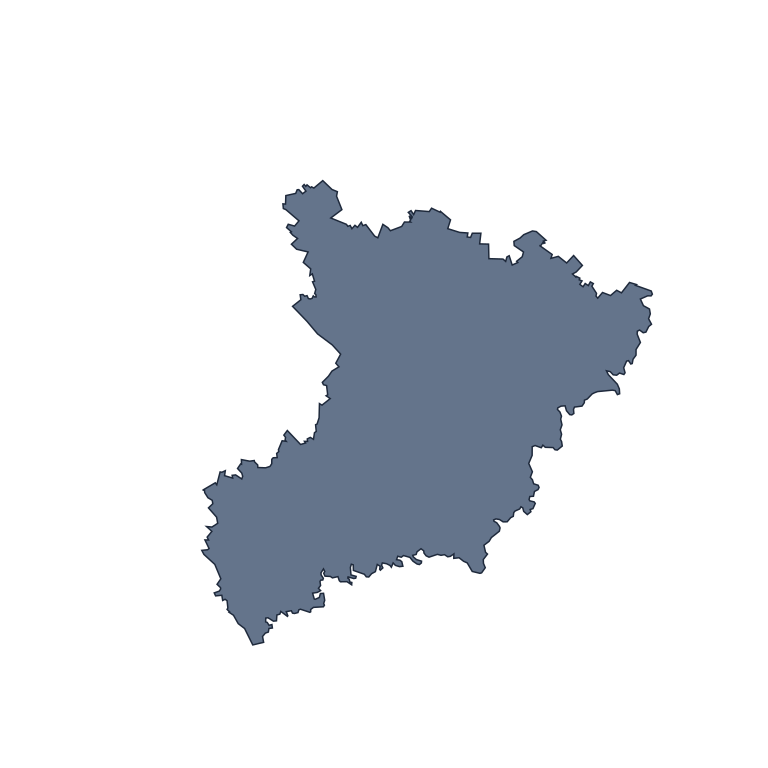 outline of Fezile Dabi, Free State, South Africa, rotated 141°
{"feature_id": "47623444B21501715606105", "entity_name": "Fezile Dabi", "entity_type": "district", "adm_level": 2, "iso_a3": "ZAF", "parent_name": "South Africa", "parent_adm1": "Free State", "projection": "natural_earth1", "projection_center": [27.835, -27.476], "detail": "fine", "context": "isolated", "style": "filled", "palette": "slate", "viewbox_px": 768, "rotation_deg": 141, "n_neighbors": 0, "source": "geoboundaries", "source_scale": "gbopen_adm2", "svg_char_len": 6159}
<svg xmlns="http://www.w3.org/2000/svg" viewBox="0 0 768 768"><g transform="rotate(141 384 384)"><path d="M117.8,288.1L126.5,302.4L125.2,302.4L129.3,308.4L142.1,305.4L144.2,310.4L152.3,310.2L156.6,317.6L163.9,316.2L163.9,318.9L161.8,320.7L160.9,329.2L158.1,330.3L159.4,333.5L163.3,331.9L164.4,335.5L168.1,334.3L169.1,338.2L165.2,339.5L166.7,342.1L165.2,343.0L166.9,346.7L167.6,346.3L168.3,350.9L164.1,350.1L155.2,351.3L155.8,364.5L165.9,363.1L168.2,373.5L175.2,376.6L171.8,378.8L176.0,393.9L175.3,392.8L170.7,394.1L171.3,392.7L170.2,392.4L170.2,394.7L167.6,393.7L169.7,406.6L172.3,409.5L181.4,412.1L186.4,411.8L193.3,413.1L195.7,409.6L192.5,398.8L196.5,395.9L203.7,395.9L203.6,394.2L209.5,395.8L206.0,404.9L208.5,405.4L212.3,402.7L212.9,406.2L223.6,415.4L214.7,426.9L221.5,432.7L213.8,440.2L220.5,445.6L224.5,443.4L226.8,445.9L223.8,448.6L229.8,454.2L236.7,464.6L229.0,469.7L231.5,482.7L232.3,482.2L236.4,490.7L240.3,489.5L250.3,499.0L254.3,497.0L253.9,501.7L257.1,502.1L256.9,496.0L258.4,495.3L258.6,498.9L260.2,494.7L261.6,494.3L261.4,493.1L266.2,497.0L271.1,495.3L282.6,499.1L282.6,503.0L284.4,508.8L296.8,501.5L298.2,504.8L297.8,519.3L300.8,520.4L299.9,524.0L306.0,522.4L306.7,525.6L311.2,524.9L310.5,528.5L312.9,529.3L312.7,531.7L320.9,546.5L307.0,546.0L302.7,559.8L299.2,562.8L302.0,567.9L303.6,580.6L315.2,580.4L316.2,582.8L317.6,582.8L318.5,587.2L320.4,586.8L320.5,589.3L322.9,589.0L323.3,583.0L327.5,583.1L327.9,588.7L329.2,589.6L332.7,587.7L341.7,592.2L347.3,585.8L349.2,587.6L351.8,583.7L350.5,581.2L347.4,564.3L354.1,563.0L357.9,568.4L361.3,566.9L360.2,560.6L361.4,560.8L361.2,557.0L359.6,551.5L368.0,550.9L367.1,543.7L359.9,534.4L370.2,529.3L368.5,519.6L373.4,515.0L370.4,514.7L373.3,507.6L375.2,508.4L377.5,500.4L381.0,497.9L380.7,496.4L381.9,494.4L383.3,495.5L383.5,497.0L385.9,495.8L387.8,496.5L389.0,498.0L388.2,501.1L390.4,502.1L390.7,504.6L393.0,506.1L395.6,501.8L406.2,501.9L404.4,481.1L404.1,464.7L399.6,446.9L398.9,434.5L408.4,430.5L408.2,425.7L416.3,426.8L422.3,425.0L430.9,424.1L431.5,421.5L429.6,418.9L434.6,411.0L436.4,411.3L435.0,406.5L445.5,406.6L446.5,409.4L455.7,398.6L461.2,395.0L462.8,395.4L466.5,389.8L468.7,389.9L473.6,385.4L474.9,388.9L478.2,389.6L479.5,387.5L481.9,389.5L482.1,387.5L486.9,389.5L488.4,408.7L494.0,407.3L494.1,404.5L496.1,402.7L496.1,401.0L498.9,404.0L507.4,399.4L508.3,397.7L511.1,397.6L513.3,394.0L516.5,396.4L518.6,396.1L521.4,392.7L524.5,391.7L528.8,393.4L534.6,398.5L533.1,400.6L533.6,404.9L533.0,406.2L536.9,408.5L542.4,415.0L545.2,411.3L545.7,412.1L551.0,410.5L550.6,404.3L551.9,401.2L554.3,399.7L556.5,406.7L559.5,408.6L560.8,406.1L565.6,413.1L561.9,416.5L565.5,417.4L566.7,418.8L577.4,410.9L577.3,413.4L591.8,415.6L590.3,414.5L591.7,412.4L592.4,406.4L590.7,401.7L592.4,398.7L598.4,398.2L597.9,385.9L600.9,380.4L607.7,381.1L611.6,384.9L610.5,377.8L617.8,376.3L618.5,373.2L621.3,375.5L623.5,366.2L625.4,366.2L630.3,369.4L631.2,364.9L629.0,350.3L633.4,335.3L639.8,333.4L639.2,328.7L639.9,327.5L642.3,326.7L647.4,328.5L648.2,325.3L643.0,321.9L645.6,317.3L643.0,316.7L642.3,314.4L646.3,308.2L647.8,307.6L647.4,304.2L648.1,304.2L646.5,299.0L648.1,289.5L646.2,281.7L650.2,263.8L640.1,259.0L637.3,264.2L633.0,265.1L630.0,264.0L627.3,266.4L624.3,264.6L622.5,267.6L625.2,268.8L624.8,272.2L625.7,273.6L623.2,276.5L621.3,275.4L619.2,269.3L616.6,267.6L612.6,271.9L609.8,270.7L607.3,272.2L605.3,264.2L604.6,264.4L603.2,268.6L598.7,266.1L599.3,263.5L598.0,262.0L594.7,260.5L592.3,262.1L590.7,261.6L585.3,253.2L584.3,253.1L582.9,254.9L579.4,254.8L571.3,249.0L569.5,249.6L569.0,251.4L566.2,253.2L562.7,259.4L565.3,261.2L568.6,258.8L573.0,260.0L573.5,260.8L571.1,266.4L567.0,264.0L563.3,263.3L563.5,266.5L560.1,267.3L558.0,270.9L556.5,271.3L554.9,270.2L553.4,271.2L553.0,275.2L551.8,276.9L547.4,278.4L548.0,275.6L550.0,274.8L550.8,271.8L546.8,268.2L546.1,265.8L541.0,263.3L542.5,259.3L542.3,257.7L537.2,253.7L535.5,248.3L533.9,250.0L535.1,251.6L533.9,254.2L534.3,256.0L533.3,256.7L529.9,251.8L528.2,250.9L526.7,252.0L529.8,256.4L525.6,262.6L522.8,264.5L521.7,262.8L525.1,258.4L519.0,248.5L519.1,245.3L517.3,243.6L513.0,244.4L508.8,243.6L502.8,248.0L501.7,244.8L504.0,242.7L504.0,241.6L500.6,241.8L499.9,244.7L497.9,246.0L495.1,242.7L493.5,239.2L493.6,237.0L489.5,239.2L489.3,235.9L486.9,232.3L484.0,230.5L482.0,234.7L482.5,237.1L484.8,239.6L481.7,241.5L479.6,238.5L476.8,238.4L473.0,233.0L473.0,228.1L471.6,223.3L470.1,221.4L467.6,221.4L466.3,222.7L469.3,227.2L470.0,231.2L469.5,232.8L466.3,231.3L464.0,232.8L458.9,232.7L458.1,229.3L459.3,227.5L459.4,224.0L458.0,221.1L449.7,218.0L447.5,215.0L444.4,213.3L443.2,209.6L440.9,208.3L436.6,208.0L439.5,204.6L435.0,201.7L433.7,196.1L431.9,192.6L433.4,182.8L428.6,176.5L427.0,175.8L420.9,177.5L419.6,182.0L417.3,185.1L410.6,186.7L411.0,189.3L407.8,195.8L401.3,195.6L397.2,197.1L387.0,197.0L384.4,199.1L383.9,200.7L383.7,205.2L384.9,208.1L384.3,209.4L381.9,208.7L379.5,206.0L378.2,201.9L375.0,199.4L369.7,200.4L366.8,199.8L364.1,202.4L362.1,202.8L357.2,201.5L354.8,202.4L354.1,200.4L355.6,197.1L354.8,192.3L350.2,192.3L349.4,194.5L346.7,193.4L341.6,196.0L341.5,197.9L344.2,201.4L344.0,202.9L341.5,204.8L338.5,202.7L334.7,205.8L330.8,205.0L328.6,206.0L327.9,208.3L330.5,212.3L328.9,216.2L329.0,219.4L323.9,222.4L321.5,231.2L313.8,235.3L308.3,242.0L305.3,241.1L301.9,235.5L299.0,236.5L298.5,233.3L292.6,228.2L292.5,225.3L290.9,223.6L284.5,223.6L282.2,227.5L281.7,230.1L277.6,233.2L275.8,237.5L271.4,240.2L268.8,245.5L266.3,247.3L264.9,251.5L265.2,255.1L263.9,256.1L260.4,255.4L257.0,253.1L259.0,248.4L258.9,243.3L257.5,241.8L255.0,241.6L252.7,245.0L250.5,246.2L244.0,242.2L240.1,243.4L238.4,245.3L235.5,244.4L228.4,245.3L225.8,244.7L222.8,243.7L210.4,235.5L208.5,233.4L209.3,228.9L207.0,228.1L204.2,232.1L202.8,237.0L203.8,250.1L202.8,254.3L200.4,251.2L200.1,246.9L197.6,244.4L194.1,244.3L191.6,240.4L189.6,241.0L187.5,245.8L181.1,249.1L179.3,248.3L179.6,244.2L178.2,243.7L174.9,246.5L170.0,247.8L166.4,252.2L158.6,254.9L155.9,263.4L153.9,265.6L151.4,265.1L150.3,260.7L147.8,259.5L142.1,262.1L138.5,262.1L137.3,268.2L132.9,270.9L130.5,275.2L133.1,281.6L131.3,288.7L123.6,286.6L121.0,284.4L118.9,284.9L117.8,288.1Z" fill="#64748b" stroke="#1e293b" stroke-width="1.5"/></g></svg>